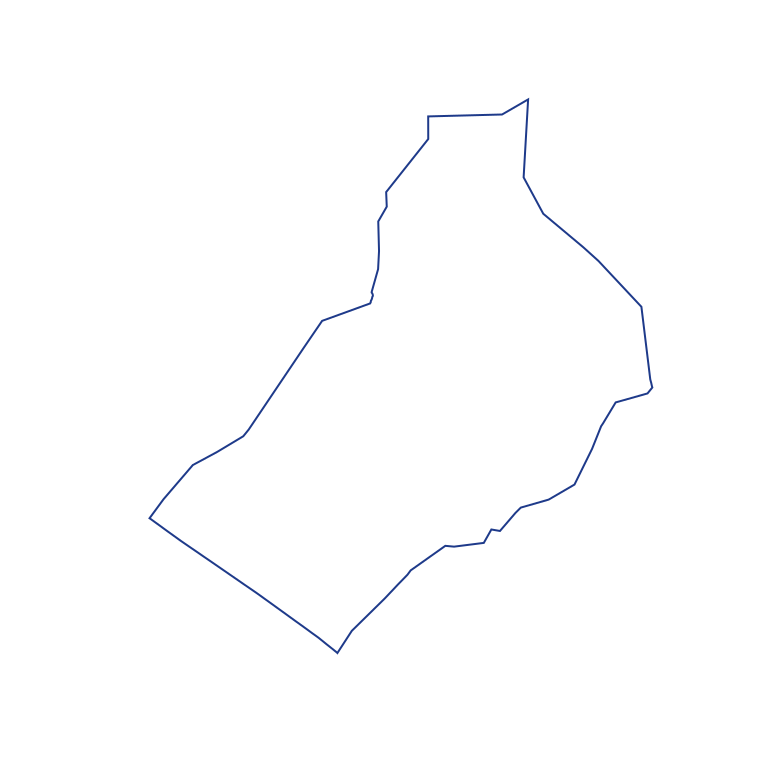 the district of Bayan-Ovoo, Ömnögovi, Mongolia, rotated 59°
{"feature_id": "93677404B57634544565509", "entity_name": "Bayan-Ovoo", "entity_type": "district", "adm_level": 2, "iso_a3": "MNG", "parent_name": "Mongolia", "parent_adm1": "Ömnögovi", "projection": "natural_earth1", "projection_center": [106.036, 42.75], "detail": "fine", "context": "isolated", "style": "outline", "palette": "blue", "viewbox_px": 768, "rotation_deg": 59, "n_neighbors": 0, "source": "geoboundaries", "source_scale": "gbopen_adm2", "svg_char_len": 1353}
<svg xmlns="http://www.w3.org/2000/svg" viewBox="0 0 768 768"><g transform="rotate(59 384 384)"><path d="M517.2,153.4L450.4,123.6L389.0,136.8L369.6,142.7L320.1,159.8L278.8,157.9L214.3,113.9L213.8,144.0L191.6,183.2L177.4,208.3L196.8,219.9L220.6,283.3L233.4,290.3L241.7,305.2L267.5,319.8L282.5,329.9L298.6,347.0L299.3,347.5L299.8,347.4L300.2,347.4L300.6,347.4L301.0,347.5L301.8,347.7L302.3,347.9L302.7,348.2L303.0,348.5L303.1,348.8L303.2,349.0L303.3,349.1L303.5,349.3L303.8,349.6L304.3,350.0L304.6,350.4L305.0,350.8L305.3,351.2L305.5,351.5L305.6,351.8L305.7,352.0L305.8,352.2L306.0,352.3L306.1,352.5L306.4,352.8L306.5,352.9L306.7,353.0L307.0,353.2L307.3,353.5L307.5,354.1L307.8,354.4L298.0,404.5L311.6,434.1L353.4,523.5L356.3,531.5L356.3,561.8L355.0,589.6L369.2,632.3L378.3,654.1L378.5,654.0L399.5,645.1L413.7,639.0L438.5,627.7L462.2,616.9L483.2,607.4L498.1,600.6L521.4,590.6L541.8,581.9L554.6,576.4L560.6,573.9L564.5,572.2L567.8,570.8L576.9,567.5L578.5,566.9L579.0,566.7L581.4,565.8L590.1,562.6L590.6,562.5L579.0,538.7L568.2,493.7L563.1,475.5L559.6,462.2L557.5,457.1L554.3,414.8L559.5,407.7L571.6,380.3L564.0,366.9L569.7,360.3L562.2,337.7L560.4,330.4L567.9,302.4L568.3,272.5L546.8,239.1L532.0,219.6L530.6,216.6L519.1,194.9L527.8,163.0L525.2,155.8L523.7,155.4L520.1,154.2L519.6,154.1L517.2,153.4Z" fill="none" stroke="#1e3a8a" stroke-width="2"/></g></svg>